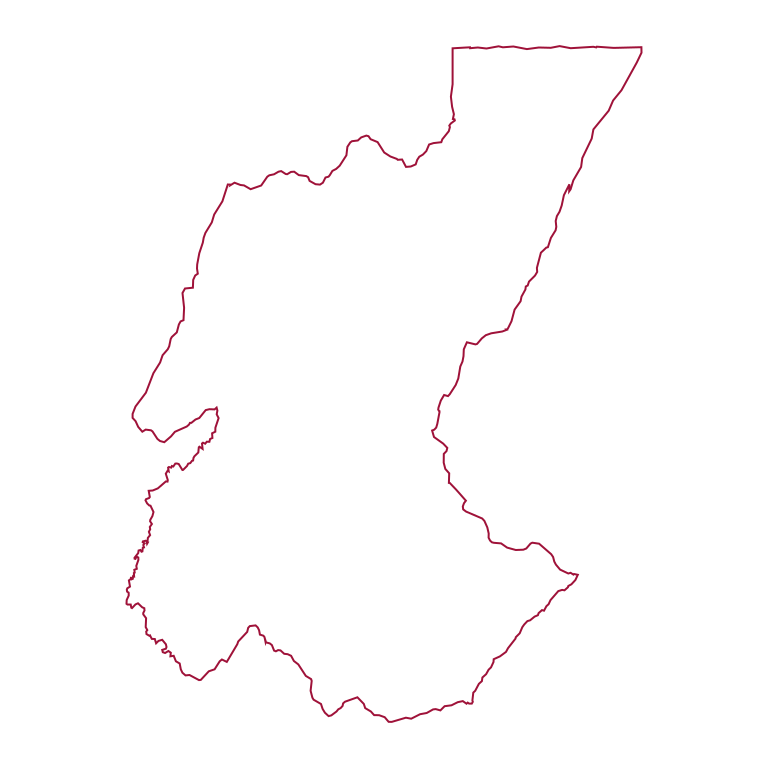 the district of Ngara, Kagera, United Republic of Tanzania
{"feature_id": "72390352B68533256720623", "entity_name": "Ngara", "entity_type": "district", "adm_level": 2, "iso_a3": "TZA", "parent_name": "United Republic of Tanzania", "parent_adm1": "Kagera", "projection": "natural_earth1", "projection_center": [30.671, -2.626], "detail": "fine", "context": "isolated", "style": "outline", "palette": "rose", "viewbox_px": 768, "rotation_deg": 0, "n_neighbors": 0, "source": "geoboundaries", "source_scale": "gbopen_adm2", "svg_char_len": 6103}
<svg xmlns="http://www.w3.org/2000/svg" viewBox="0 0 768 768"><path d="M641.4,47.2L613.7,47.9L596.8,46.7L596.3,47.4L593.3,46.8L570.7,48.2L559.6,46.1L550.8,47.8L538.8,47.5L526.9,49.1L513.4,46.5L502.9,47.3L498.6,46.3L486.5,48.5L477.8,47.5L470.1,48.2L470.0,47.3L452.6,48.3L452.6,84.2L450.9,96.7L452.1,106.8L453.9,114.2L452.9,119.0L454.5,119.3L454.8,120.5L450.8,123.5L449.3,125.6L449.9,127.1L448.8,131.2L442.3,139.3L441.3,142.2L433.5,143.1L429.1,144.5L426.3,151.1L422.9,154.6L419.3,156.7L417.2,159.9L415.7,164.4L410.8,166.5L406.0,166.9L402.1,159.5L397.7,159.8L396.8,158.9L390.4,156.5L384.2,152.5L377.6,142.1L370.6,139.2L368.5,136.2L366.3,135.6L361.2,137.4L357.8,140.5L352.0,141.2L350.3,142.4L347.4,146.8L346.4,155.3L339.7,165.7L336.2,168.9L332.4,170.9L329.7,175.3L328.5,176.7L325.5,177.5L322.9,182.7L320.0,184.6L315.5,184.2L309.6,180.9L308.1,177.2L306.3,176.1L298.8,175.1L294.2,171.7L291.0,171.9L287.2,174.2L285.7,174.0L281.2,171.1L278.5,171.7L274.0,174.3L269.3,175.3L267.3,176.7L261.2,185.5L250.6,189.2L244.0,185.4L240.5,185.0L234.5,182.7L230.6,185.1L230.8,184.6L227.8,184.5L222.4,201.3L214.2,214.5L211.8,222.4L205.4,232.9L203.7,237.7L202.8,242.7L199.3,253.2L197.2,264.4L197.0,268.5L197.8,273.7L195.2,275.5L193.2,279.9L192.9,287.7L185.0,288.5L182.5,293.0L184.1,307.8L183.5,320.2L180.6,321.4L178.9,324.4L176.8,332.4L171.8,337.0L170.7,339.0L169.2,346.3L167.8,349.2L162.6,355.2L160.1,362.5L153.4,373.2L145.9,392.7L135.5,406.5L132.6,413.9L132.6,417.9L135.6,421.2L138.2,426.9L142.3,431.7L145.7,429.6L151.0,430.3L152.5,431.4L157.4,438.9L160.0,441.0L164.3,442.2L171.0,436.4L174.9,431.8L186.8,426.5L189.1,424.5L189.9,422.9L191.3,422.9L195.5,419.5L199.3,418.0L205.7,410.1L209.4,409.2L214.6,409.4L216.6,407.6L217.4,410.6L216.7,414.3L218.6,418.1L215.4,427.7L215.3,431.7L212.1,433.3L212.4,438.0L210.1,439.0L209.4,441.8L206.8,441.7L205.2,443.7L203.0,442.7L202.0,443.5L202.6,448.9L199.4,446.7L198.8,447.3L198.3,452.5L194.4,456.3L193.5,457.9L193.1,460.5L192.0,460.8L190.3,463.1L188.2,463.7L187.0,466.0L183.1,469.9L182.4,470.0L178.7,464.0L176.8,463.5L175.3,463.6L173.3,466.5L171.9,466.0L171.2,467.6L168.9,467.0L168.1,467.6L168.7,471.3L167.7,470.6L165.8,473.7L167.8,480.1L167.5,481.6L165.9,481.4L157.8,488.4L152.7,490.5L148.7,490.8L149.8,497.0L149.1,498.0L146.0,499.2L145.5,500.3L147.1,503.4L149.3,505.5L150.5,505.7L153.5,512.0L152.4,516.1L150.3,519.8L150.1,521.3L151.9,524.0L149.8,527.0L150.2,529.3L148.9,531.8L150.1,535.1L147.9,537.8L147.4,542.1L147.9,542.3L147.1,543.7L146.7,541.4L145.7,540.7L142.9,541.4L142.7,542.2L144.6,543.4L143.3,545.0L144.0,547.4L142.8,547.7L142.4,551.4L141.5,551.7L140.4,550.0L138.6,550.5L138.2,553.1L134.5,557.8L134.6,558.7L135.4,558.9L136.6,556.6L138.3,557.5L138.4,559.9L136.3,565.9L136.8,568.8L134.3,569.8L134.7,572.6L133.9,573.0L134.1,576.4L133.1,576.0L132.8,576.7L133.0,578.5L133.5,578.5L131.8,579.2L131.6,578.1L130.9,577.9L130.7,579.1L128.9,580.4L130.0,586.6L127.3,588.3L126.8,589.7L127.1,591.6L128.6,592.6L128.7,593.8L128.7,595.6L126.7,600.0L126.5,603.8L127.4,604.5L130.7,604.5L131.3,607.7L132.0,608.1L135.5,604.4L138.0,603.3L142.2,607.3L144.3,608.2L144.5,610.5L143.2,613.1L143.3,614.4L146.1,618.2L145.7,627.1L147.3,630.1L146.2,631.6L146.5,634.1L149.4,635.8L150.0,635.4L151.8,638.9L154.8,639.0L156.1,643.3L158.5,640.9L162.2,639.8L165.9,644.3L166.5,647.0L165.9,648.7L162.2,649.9L162.8,652.2L165.1,653.0L168.4,651.0L170.8,652.7L170.4,656.3L173.7,655.8L175.9,661.3L179.7,663.5L180.8,669.3L182.4,672.7L185.5,675.4L189.5,675.0L199.0,680.1L200.8,679.9L208.8,671.3L214.6,669.3L219.7,661.3L221.9,659.5L226.8,661.9L237.3,644.2L238.2,641.5L247.2,631.9L248.2,627.8L249.8,626.1L255.6,625.4L257.7,627.4L259.1,630.3L259.9,634.6L263.4,635.7L264.5,637.1L265.6,642.3L265.8,641.7L266.0,642.4L269.8,643.4L271.9,645.1L274.1,650.6L275.9,651.3L278.1,650.1L280.5,650.4L284.2,653.8L287.7,654.2L291.1,655.8L293.9,661.0L298.3,664.4L305.8,675.9L311.1,679.1L311.7,680.9L310.6,690.8L312.4,697.7L313.6,699.7L321.0,704.0L322.6,708.9L324.9,712.7L328.6,716.1L331.3,715.4L336.5,711.5L338.3,709.3L340.6,708.1L342.6,705.9L343.1,703.4L345.0,701.7L357.4,697.3L363.8,703.9L365.2,708.1L370.9,711.5L374.1,715.1L379.1,715.2L384.7,717.2L388.6,721.8L391.7,721.9L405.9,717.7L411.2,718.7L420.1,714.2L426.7,713.0L433.1,709.4L435.7,709.1L440.4,710.4L444.6,706.2L451.5,705.3L457.7,702.2L462.8,701.1L466.5,703.7L467.7,702.6L469.1,703.6L471.8,703.6L472.8,701.8L472.4,700.4L473.3,692.6L475.2,690.8L478.9,683.8L481.9,681.1L482.4,677.5L486.1,674.2L488.6,669.7L491.0,667.4L493.5,662.0L493.7,659.2L499.9,656.4L506.0,651.9L508.0,648.2L515.5,638.6L515.8,637.2L519.7,633.3L522.3,627.2L524.2,624.5L527.4,621.1L530.1,620.3L534.6,616.6L537.9,615.2L538.6,613.1L542.0,610.1L544.0,610.7L546.4,606.2L548.6,604.2L550.5,600.1L558.3,591.1L562.1,589.9L564.5,590.3L567.9,587.3L568.3,586.0L571.4,584.3L575.4,580.0L577.8,574.8L574.0,574.0L573.4,574.6L570.6,572.8L568.3,573.5L560.1,569.6L555.9,564.6L554.3,561.6L553.1,557.0L551.2,554.2L539.1,543.7L532.3,542.7L530.5,543.6L526.3,548.5L523.3,549.7L515.8,550.0L507.1,547.6L501.1,543.4L493.9,542.8L491.9,542.3L490.1,540.6L488.6,537.7L488.7,533.5L487.3,527.4L484.4,520.9L482.2,518.5L466.1,511.6L463.2,509.4L462.8,506.5L464.0,503.2L465.9,500.7L456.1,489.6L449.8,483.0L448.9,482.9L449.2,473.3L445.3,468.9L443.7,462.7L443.8,453.9L446.5,451.1L447.3,447.9L443.2,443.6L434.0,437.0L432.1,430.5L434.2,429.7L436.2,427.6L437.3,423.9L439.5,412.2L439.4,410.4L439.1,411.1L438.2,409.6L438.5,407.6L440.8,400.6L444.1,395.0L448.0,396.1L449.7,394.3L455.7,385.0L458.3,378.5L460.3,366.5L462.5,361.5L463.5,356.2L463.8,349.3L466.9,342.3L475.5,344.4L477.1,343.9L481.8,338.4L485.8,335.2L491.2,333.3L502.3,331.5L506.8,329.8L506.4,329.4L507.4,329.3L508.3,327.7L511.5,321.2L514.6,309.6L520.6,301.2L521.5,296.6L525.4,289.5L525.8,286.5L527.7,285.5L529.0,281.6L535.0,275.6L537.2,271.9L536.9,267.9L540.9,252.7L546.3,247.6L547.9,247.2L550.9,237.9L555.6,230.3L556.3,226.9L555.7,221.0L556.9,216.1L559.5,211.8L561.7,205.5L563.9,195.2L569.4,184.3L569.2,191.3L570.6,189.3L573.3,180.4L581.1,167.0L582.3,158.1L591.7,138.6L593.4,129.4L608.7,110.7L613.1,100.5L621.5,90.2L636.8,62.5L641.5,52.7L641.4,47.2Z" fill="none" stroke="#9f1239" stroke-width="2"/></svg>